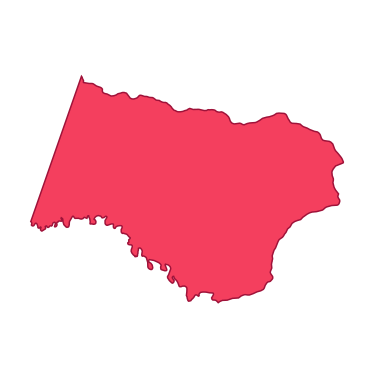 Puerto Carreño, Vichada, Colombia (Mercator projection), rotated 19°
{"feature_id": "7082276B50420641639319", "entity_name": "Puerto Carreño", "entity_type": "district", "adm_level": 2, "iso_a3": "COL", "parent_name": "Colombia", "parent_adm1": "Vichada", "projection": "mercator", "projection_center": [-67.983, 5.813], "detail": "fine", "context": "isolated", "style": "filled", "palette": "rose", "viewbox_px": 384, "rotation_deg": 19, "n_neighbors": 0, "source": "geoboundaries", "source_scale": "gbopen_adm2", "svg_char_len": 6029}
<svg xmlns="http://www.w3.org/2000/svg" viewBox="0 0 384 384"><g transform="rotate(19 192 192)"><path d="M49.2,272.5L49.9,272.7L50.3,273.1L50.8,274.1L50.9,275.5L51.8,276.0L52.7,275.9L53.4,275.2L54.1,272.6L54.8,272.3L55.3,272.4L56.1,273.0L57.5,274.9L57.9,275.8L58.3,276.0L59.1,276.0L59.7,275.3L60.0,274.5L60.4,274.4L60.7,274.6L60.8,276.3L61.2,277.2L62.0,277.7L62.8,277.8L65.4,274.6L65.4,273.8L64.5,272.5L64.6,272.1L65.4,271.5L65.8,271.6L66.7,272.4L67.4,272.4L68.2,271.6L68.7,270.4L69.5,269.9L70.2,269.9L70.7,269.1L70.6,266.8L71.1,265.9L71.8,265.4L72.3,265.4L72.8,265.8L73.2,266.9L73.2,269.3L73.3,269.4L73.8,269.6L74.7,268.9L75.0,268.2L75.1,267.5L74.9,266.6L74.1,265.2L74.3,264.7L75.2,263.8L75.2,263.2L75.6,262.9L76.3,262.5L77.9,262.2L78.3,261.8L78.3,261.3L77.9,260.5L76.8,259.6L76.8,258.9L78.2,259.3L78.6,259.7L79.7,262.1L81.5,264.6L84.1,266.0L85.3,266.1L86.6,265.2L86.7,264.9L86.6,262.9L86.0,261.0L85.8,259.6L86.8,254.5L87.1,253.8L87.8,253.6L89.4,254.8L90.0,255.0L93.3,253.8L95.2,253.8L96.2,253.6L97.5,252.7L98.0,251.5L98.4,251.0L101.2,251.1L101.2,248.7L101.6,248.2L102.0,248.1L102.6,249.2L103.9,250.4L104.6,251.6L105.4,253.2L105.9,255.2L106.4,255.3L107.2,254.9L109.6,254.5L110.7,253.8L111.1,253.1L111.1,252.6L110.9,251.5L110.3,250.6L109.5,249.9L108.4,249.8L108.2,249.4L108.5,247.6L109.5,245.9L111.0,244.8L113.2,244.6L113.8,244.6L115.1,245.6L115.6,245.7L117.1,244.8L118.1,243.2L119.1,242.9L119.6,243.2L119.8,244.0L119.1,247.1L119.2,247.6L120.0,249.9L120.8,250.8L122.0,251.2L123.0,250.9L126.1,248.5L127.1,248.1L127.9,248.0L128.4,248.5L128.7,249.8L129.3,251.1L130.1,251.6L130.7,251.6L131.2,251.2L131.2,250.5L131.5,249.7L132.6,248.4L134.9,247.2L136.4,246.9L137.0,247.2L137.4,247.8L137.5,249.1L137.3,250.6L138.1,252.8L138.7,253.4L139.6,253.8L140.2,253.4L144.1,253.2L145.5,253.9L146.6,254.7L148.5,255.4L148.6,255.7L148.6,256.2L147.9,257.4L147.8,257.9L148.6,260.0L147.9,260.7L148.0,261.5L148.8,262.3L150.3,262.2L151.6,261.8L152.2,261.8L152.9,262.2L153.4,263.4L153.4,266.4L153.8,267.9L154.9,269.2L157.1,270.6L158.7,271.1L159.2,271.0L159.4,271.3L159.3,271.6L159.5,271.6L161.1,270.7L161.1,270.4L160.8,270.4L161.1,269.4L160.8,268.8L160.8,267.5L160.3,266.0L160.2,264.3L159.7,262.7L160.8,261.9L161.6,261.9L163.0,262.7L164.2,264.0L164.9,267.6L165.4,268.6L166.1,268.8L166.5,268.4L167.0,268.3L169.1,268.5L170.2,269.0L173.0,272.9L174.7,277.3L175.6,278.2L176.9,278.7L178.5,278.7L179.3,278.2L179.6,277.1L179.5,276.3L178.2,274.1L177.4,273.5L176.4,272.8L174.6,272.4L173.8,271.9L173.4,271.1L173.4,270.5L173.7,269.8L178.4,269.1L183.6,269.6L185.2,270.2L186.1,270.7L186.5,271.2L186.7,271.7L186.8,273.3L187.6,274.9L188.0,275.3L188.9,275.4L192.1,275.3L193.3,274.7L193.6,274.0L193.3,273.3L190.3,269.7L190.4,268.9L192.8,268.7L193.7,268.8L195.5,269.6L196.4,270.6L196.9,271.6L196.8,277.8L196.4,279.9L196.9,281.1L199.4,283.1L202.4,284.5L203.3,284.5L203.8,283.9L204.1,283.0L204.0,281.7L201.5,279.8L201.1,279.0L201.5,278.0L202.1,277.7L202.9,278.7L204.2,279.8L206.2,280.7L207.9,282.1L210.7,285.4L211.4,285.5L212.5,285.1L213.7,284.1L215.8,283.3L217.7,283.8L218.4,284.5L218.9,285.7L219.6,288.0L220.4,291.7L221.4,292.7L222.0,293.9L223.3,295.7L224.1,296.3L224.5,296.3L226.2,295.2L226.8,293.4L227.2,292.9L228.0,291.0L228.4,288.9L228.9,288.2L229.4,287.9L230.3,287.9L231.5,288.3L232.2,288.3L232.5,287.7L232.0,286.9L232.0,285.6L232.8,284.1L234.9,283.0L237.8,282.1L241.4,281.6L244.2,280.8L245.0,280.8L245.6,281.5L245.6,282.8L245.0,285.8L245.4,286.2L245.7,286.8L246.6,287.3L247.1,287.3L248.1,286.9L249.9,286.7L251.4,287.3L252.8,288.1L254.1,286.3L256.0,284.6L260.5,282.8L264.9,279.4L270.5,277.0L272.4,274.2L274.6,272.3L275.8,271.7L278.3,271.2L279.8,270.7L282.9,268.2L286.0,265.2L289.2,263.0L291.2,260.8L291.6,259.2L291.6,256.4L292.4,253.4L293.2,252.2L294.6,251.4L295.2,250.8L296.3,248.2L296.4,247.0L295.7,245.6L293.0,243.6L292.1,242.5L292.0,241.2L292.2,237.9L290.7,234.6L290.4,232.8L290.3,231.4L290.1,230.5L290.0,229.0L288.9,226.8L288.6,226.0L288.5,220.3L289.2,217.7L289.5,210.8L289.9,208.6L292.3,205.3L292.9,203.5L293.2,201.7L294.0,199.6L294.4,195.8L296.1,193.0L296.8,189.1L298.7,186.5L301.1,184.5L303.7,182.7L305.0,179.8L308.1,175.4L310.0,173.4L312.0,171.9L316.2,170.0L321.0,166.8L321.8,165.9L322.9,163.8L324.0,162.4L328.5,159.3L333.5,157.2L334.4,156.3L334.8,155.1L334.8,153.0L334.3,151.6L332.1,149.8L331.2,148.5L331.2,146.1L327.2,143.5L325.5,142.0L324.6,141.0L322.2,137.3L321.8,134.7L321.3,133.4L319.2,130.8L317.8,127.7L317.7,126.3L318.1,124.1L319.3,120.6L325.3,115.4L325.5,115.0L325.3,114.3L323.2,111.9L321.9,110.8L317.8,108.2L314.2,106.2L312.7,104.8L309.5,100.8L307.2,99.7L305.4,99.4L300.9,100.3L299.0,100.4L297.0,99.3L294.8,96.4L293.9,95.6L292.5,94.8L291.1,94.4L287.8,94.8L283.0,94.6L280.2,94.1L276.0,94.0L274.5,93.6L272.1,92.6L268.6,93.2L264.4,94.4L263.4,94.4L261.7,93.7L260.6,92.6L259.3,91.7L256.2,88.5L255.1,87.9L253.6,87.7L248.5,89.1L246.3,90.2L244.8,92.3L243.3,93.7L240.6,95.7L238.3,96.9L234.7,99.4L232.8,102.1L230.6,104.6L229.3,105.7L224.2,107.9L221.9,109.3L219.4,111.5L218.0,111.7L215.9,111.3L214.7,111.4L210.4,113.6L209.5,113.9L207.6,113.9L206.2,113.3L204.8,112.2L203.5,110.4L202.0,109.0L199.2,107.6L195.1,106.6L193.6,106.7L192.0,107.6L190.5,107.9L188.9,107.9L187.5,107.3L186.2,107.2L183.9,107.7L181.9,108.6L180.8,108.8L180.1,109.2L179.2,110.2L177.1,111.0L171.6,111.6L166.2,113.6L162.7,113.7L161.5,114.8L160.4,116.3L158.7,117.4L157.2,118.7L154.8,120.0L152.7,120.7L151.3,120.8L150.2,120.5L148.3,120.5L145.8,119.2L144.9,118.4L143.0,117.4L140.3,116.6L139.2,116.0L137.6,116.0L136.3,116.5L135.0,116.7L133.2,116.6L131.2,116.1L128.3,116.8L125.0,115.7L123.9,115.6L120.9,116.4L118.2,116.4L115.9,117.1L112.9,117.1L111.4,117.4L110.7,118.1L109.7,120.4L108.9,121.4L106.7,123.0L105.0,123.5L103.1,123.4L97.9,119.9L95.5,120.0L93.8,120.6L92.1,121.9L90.0,123.2L88.7,124.9L87.5,125.9L86.3,126.7L84.2,127.6L79.9,127.0L77.3,127.3L75.5,127.0L74.4,125.9L73.8,123.9L72.7,123.2L71.6,122.9L67.2,122.9L63.5,121.9L62.4,121.9L59.3,122.9L54.0,123.8L53.5,123.5L53.3,122.3L52.9,121.7L51.7,120.6L50.7,119.2L49.8,118.6L49.2,272.5Z" fill="#f43f5e" stroke="#9f1239" stroke-width="1.5"/></g></svg>